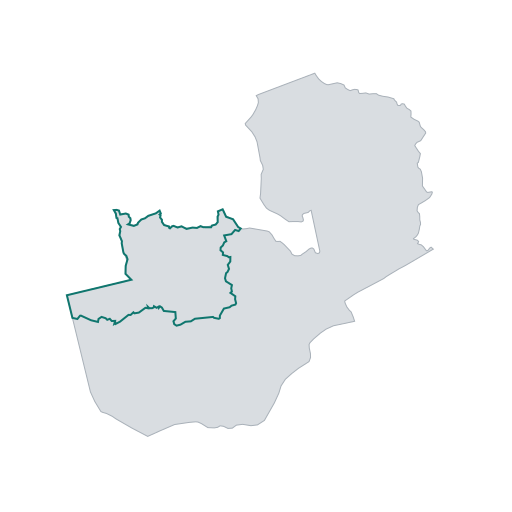 location of North-Western within Zambia, rotated 347°
{"feature_id": "ZMB-521", "entity_name": "North-Western", "entity_type": "Province", "adm_level": 1, "iso_a3": "ZMB", "parent_name": "Zambia", "parent_adm1": "", "projection": "albers", "projection_center": [25.141, -12.794], "detail": "medium", "context": "in_parent", "style": "outline", "palette": "teal", "viewbox_px": 512, "rotation_deg": 347, "n_neighbors": 0, "source": "natural_earth", "source_scale": "10m", "svg_char_len": 5601}
<svg xmlns="http://www.w3.org/2000/svg" viewBox="0 0 512 512"><g transform="rotate(347 256 256)"><path d="M337.4,341.8L315.8,341.4L307.9,343.0L301.4,345.6L293.6,349.7L289.1,352.6L287.8,354.2L287.2,357.7L287.1,363.2L286.3,367.2L283.9,370.8L272.1,375.0L264.5,378.5L256.9,382.7L251.2,388.2L247.3,394.9L240.8,403.3L227.2,418.1L219.4,420.9L212.9,420.2L205.1,417.0L198.8,416.4L194.2,418.4L189.9,417.7L186.0,414.6L182.8,413.4L180.1,414.3L176.7,414.1L170.5,412.4L165.1,407.0L162.2,404.8L160.0,404.0L153.5,403.1L138.8,401.9L123.4,404.7L109.9,407.4L96.2,395.6L82.8,383.1L80.0,380.0L74.9,375.8L71.3,373.8L69.9,372.7L66.2,361.5L64.1,351.2L62.9,251.6L124.1,251.1L128.0,250.7L128.2,249.6L125.3,244.3L125.5,242.4L126.2,238.8L128.9,231.6L129.0,229.2L127.7,221.3L127.8,216.9L128.5,208.1L128.1,205.1L129.5,201.1L130.0,198.4L130.5,197.3L129.8,194.3L128.5,183.7L127.8,179.3L131.5,180.0L132.7,182.1L133.4,184.5L135.1,184.6L139.5,186.0L141.0,188.0L142.1,192.2L141.5,194.4L140.1,196.1L141.5,197.6L144.4,198.7L146.1,198.4L151.1,195.5L155.6,194.4L158.0,193.6L168.1,191.7L170.2,190.7L171.6,190.7L172.6,191.5L171.7,194.5L171.4,197.2L172.6,202.2L173.6,204.6L175.7,206.3L177.2,207.1L178.9,209.0L182.5,208.7L190.2,211.2L192.6,212.4L195.9,213.6L198.2,214.1L206.2,215.0L214.7,216.5L219.1,216.6L222.2,216.3L224.4,215.6L225.7,214.7L226.3,214.1L229.6,204.5L231.2,203.8L233.3,203.3L234.6,204.2L235.9,210.2L242.0,215.7L244.0,220.3L245.5,224.2L246.8,225.3L249.1,226.7L252.8,227.2L256.1,227.3L272.5,234.2L274.3,235.4L276.3,239.0L277.5,243.0L278.7,246.2L280.8,246.8L282.7,247.1L284.6,249.3L286.0,251.2L290.7,259.1L291.4,262.2L293.7,264.4L296.9,265.3L299.8,265.5L301.5,264.6L305.8,263.0L309.1,261.2L311.5,260.6L312.9,261.0L313.9,262.3L314.6,266.2L316.9,267.6L318.6,267.1L319.3,265.6L319.3,264.8L320.0,223.9L318.5,224.1L316.6,225.3L312.2,225.3L310.5,226.2L310.0,227.5L310.3,229.2L310.3,231.5L309.7,232.6L307.8,233.0L305.0,232.0L300.0,230.8L295.8,230.0L292.9,226.9L288.9,222.2L286.3,219.8L279.9,214.9L278.8,213.9L276.9,211.6L275.3,207.8L273.8,203.3L272.9,200.5L274.5,196.2L278.5,182.0L279.4,177.6L282.6,173.2L282.9,169.2L281.7,164.0L282.0,161.2L282.7,145.0L281.9,139.8L279.9,134.1L275.3,126.1L275.3,124.5L282.6,119.4L284.8,117.5L288.6,113.4L291.2,109.9L292.8,107.1L293.4,103.3L292.3,99.8L294.8,99.2L354.4,91.1L355.2,93.6L356.9,97.6L358.9,100.6L361.4,103.3L363.5,104.9L365.0,105.4L374.1,105.5L377.4,107.1L380.2,109.2L380.8,112.3L382.7,114.3L384.7,115.9L385.5,116.1L387.0,115.8L389.5,115.8L391.7,116.5L392.8,117.2L392.8,119.8L393.5,121.0L396.6,121.5L399.7,121.8L402.7,123.7L406.0,124.1L409.8,124.9L411.5,126.8L415.5,128.9L420.4,130.8L425.7,133.8L425.8,134.7L426.7,136.4L427.6,137.7L427.6,139.5L428.0,141.1L429.4,141.6L430.6,141.7L431.7,140.6L433.1,140.6L434.7,141.4L435.2,143.4L436.3,146.0L438.3,147.8L439.6,149.6L439.0,152.6L438.1,155.4L440.7,158.3L444.2,161.1L445.1,162.3L445.3,166.2L445.7,167.6L448.0,170.9L449.1,173.1L449.0,174.4L442.4,180.7L438.4,181.5L436.6,182.8L435.5,184.2L437.9,190.7L439.2,193.2L437.9,196.2L435.2,201.4L434.0,201.8L433.7,205.8L434.4,207.2L435.6,208.4L436.1,211.1L435.8,217.7L433.9,225.2L436.6,231.9L437.6,232.7L441.6,232.9L442.2,233.4L441.2,235.3L438.3,238.1L433.2,240.2L425.8,242.5L424.2,244.8L423.1,248.2L423.9,250.3L424.8,251.5L424.4,254.5L423.7,257.7L423.8,260.2L423.4,262.4L422.4,263.5L421.1,266.8L419.4,270.2L418.1,271.7L416.2,273.2L413.3,274.5L413.4,275.1L416.6,276.8L417.4,277.9L417.7,278.6L416.2,280.3L417.7,281.4L419.5,282.3L421.2,284.6L423.1,288.9L423.4,289.3L424.0,289.4L425.1,289.0L427.1,287.3L428.6,286.8L430.3,289.2L399.6,298.8L392.4,300.7L381.7,304.2L378.2,305.4L375.4,306.7L347.0,314.2L342.6,315.7L332.5,319.7L332.2,320.4L332.3,322.3L333.1,326.2L334.7,329.8L336.1,331.9L337.0,337.2L337.4,341.8Z" fill="#d9dde1" stroke="#a8b0b8" stroke-width="1"/><path d="M63.2,275.0L62.9,251.7L129.2,251.1L124.8,244.0L126.8,236.3L130.1,230.3L129.7,226.7L127.8,224.0L127.6,222.5L128.0,213.4L128.7,211.4L127.5,205.1L129.3,201.3L129.3,199.1L131.0,197.3L129.3,192.8L129.5,188.0L128.6,187.5L129.0,183.0L127.8,179.3L130.5,179.7L132.7,180.9L133.0,185.1L138.7,185.3L141.2,187.0L140.9,189.1L142.1,190.9L141.9,193.0L140.2,195.7L138.4,196.4L143.7,199.2L147.6,198.6L148.6,197.0L152.5,194.6L156.3,194.3L160.1,192.6L168.1,191.9L172.3,190.1L172.8,193.1L171.4,193.9L172.2,194.8L171.2,196.9L172.5,199.5L172.0,201.6L173.4,205.2L177.9,207.7L177.7,209.0L178.4,209.7L181.0,208.1L182.5,208.1L186.0,210.6L190.1,210.3L194.4,214.0L200.5,214.0L204.8,215.4L208.7,214.4L211.1,216.1L218.7,217.9L220.0,216.4L223.8,216.3L226.3,214.4L227.4,209.0L228.8,207.3L228.9,203.9L234.0,203.0L235.7,211.1L241.9,215.0L245.1,223.7L247.3,225.8L244.7,227.8L241.5,225.9L237.0,229.2L229.6,228.8L230.4,234.9L228.1,235.6L226.1,238.3L223.5,239.8L222.7,242.4L224.7,245.1L223.9,247.5L228.1,249.7L229.2,251.1L230.8,251.2L229.7,255.6L226.5,258.3L226.8,262.5L224.6,265.2L223.0,266.0L220.8,270.7L221.0,273.9L226.0,278.9L224.6,281.9L224.5,285.2L222.8,286.2L226.8,290.6L225.9,293.4L226.0,297.5L225.0,298.7L221.0,298.9L218.8,300.0L212.9,300.0L207.4,305.9L206.8,308.4L205.6,308.8L201.2,306.8L200.4,305.7L182.4,303.4L177.8,305.0L172.4,304.2L167.0,305.9L162.9,306.0L161.0,304.0L160.9,301.0L163.8,298.9L164.8,292.5L153.8,288.8L152.7,285.1L151.1,283.4L149.6,284.7L149.5,283.5L147.5,284.1L145.3,282.0L144.8,283.1L143.0,283.5L140.3,282.8L139.2,281.1L139.2,282.7L136.6,281.6L129.1,284.8L124.6,284.5L123.9,283.3L120.6,285.2L118.5,284.7L108.7,289.4L104.0,290.6L104.0,289.7L102.7,290.2L104.1,287.5L100.8,286.9L99.4,284.3L96.7,284.7L95.5,282.8L91.8,280.6L88.4,281.9L87.2,284.7L80.8,281.5L72.0,274.7L71.1,274.6L67.8,277.2L63.2,275.0Z" fill="none" stroke="#0f766e" stroke-width="2"/></g></svg>